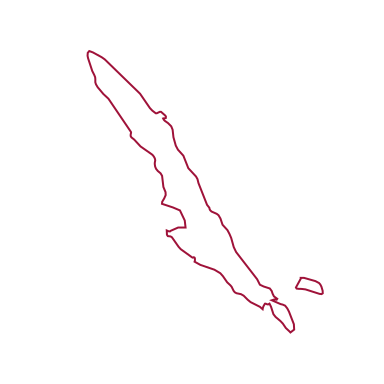 map outline of Cebu (Robinson projection), rotated 125°
{"feature_id": "PHL-2514", "entity_name": "Cebu", "entity_type": "Province", "adm_level": 1, "iso_a3": "PHL", "parent_name": "Philippines", "parent_adm1": "", "projection": "robinson", "projection_center": [123.774, 10.35], "detail": "fine", "context": "isolated", "style": "outline", "palette": "rose", "viewbox_px": 384, "rotation_deg": 125, "n_neighbors": 0, "source": "natural_earth", "source_scale": "10m", "svg_char_len": 2196}
<svg xmlns="http://www.w3.org/2000/svg" viewBox="0 0 384 384"><g transform="rotate(125 192 192)"><path d="M218.9,209.8L217.1,210.8L213.2,211.1L209.6,211.8L207.3,213.6L204.3,218.3L195.9,225.8L194.7,228.5L194.4,232.1L193.6,234.8L192.3,236.8L190.4,238.6L189.1,239.4L187.3,240.2L186.3,241.1L185.6,242.1L184.9,243.5L184.4,245.0L184.2,246.4L184.2,260.3L182.2,269.5L182.0,273.0L181.3,274.4L179.9,275.3L178.4,275.9L177.8,276.5L163.5,314.0L162.6,320.7L160.3,329.3L158.9,332.4L157.6,334.1L154.9,336.0L153.5,337.2L152.2,339.2L150.1,343.1L142.0,353.9L140.3,355.7L137.8,357.2L135.5,357.0L134.5,353.3L133.4,343.4L133.4,339.6L141.3,290.9L147.4,274.6L148.1,271.2L148.3,266.9L147.7,266.0L144.7,264.3L144.1,263.3L144.7,257.9L145.1,256.7L146.4,255.9L147.3,256.6L147.9,257.5L148.3,257.8L149.0,256.5L149.3,255.1L149.3,251.2L150.1,246.7L152.1,243.6L157.8,238.6L163.3,231.9L165.4,227.8L167.2,219.9L174.6,208.7L177.0,197.6L178.3,194.9L181.0,191.8L193.9,172.3L194.7,169.6L195.0,168.7L195.8,167.9L196.5,166.7L196.8,164.8L195.7,159.2L195.8,157.0L197.4,153.5L201.3,148.2L202.9,141.1L204.9,137.2L207.2,133.5L213.2,126.2L215.9,121.4L226.1,88.6L229.0,83.2L228.3,79.1L226.4,72.9L227.4,69.9L229.1,67.6L230.5,65.0L230.6,60.9L231.7,60.9L232.2,62.2L232.9,63.0L234.9,64.5L233.0,55.1L232.2,53.1L231.7,50.5L232.7,47.2L234.4,43.9L241.9,32.7L246.1,29.4L250.6,30.8L250.3,32.1L249.6,37.1L247.7,42.1L247.0,45.5L246.4,51.9L245.4,55.2L240.7,61.4L239.0,64.5L240.5,65.2L241.0,66.4L241.2,67.6L241.7,68.2L244.8,67.9L246.2,67.5L247.5,66.9L247.1,70.5L248.6,80.8L248.3,84.6L247.3,90.2L247.6,93.3L249.4,97.5L249.6,99.4L249.1,101.2L246.9,105.2L246.4,107.1L245.8,111.4L243.2,118.4L242.3,122.2L242.8,129.1L246.9,143.3L247.6,149.9L247.1,150.0L246.0,150.6L244.9,151.4L244.3,152.2L244.4,153.1L245.3,153.6L245.5,154.6L245.3,168.4L244.6,171.5L240.6,182.5L240.7,184.1L242.0,186.5L241.4,188.0L238.0,190.6L237.6,188.6L236.9,187.4L236.0,187.2L229.1,183.0L224.8,176.9L219.5,181.6L214.0,191.3L215.6,198.8L218.9,209.8ZM208.5,46.6L210.1,49.0L211.1,50.9L210.6,52.1L200.6,53.2L200.0,53.7L198.1,51.0L194.2,39.8L193.7,35.7L194.2,33.8L195.3,31.7L198.0,28.3L200.0,26.8L201.3,27.3L202.3,29.1L206.7,43.2L208.5,46.6Z" fill="none" stroke="#9f1239" stroke-width="2"/></g></svg>